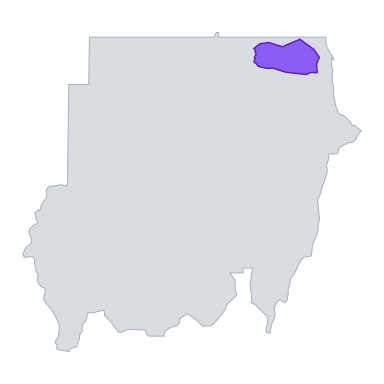 Jubayt Elma'aadin, Red Sea, Sudan (highlighted)
{"feature_id": "16777658B74984958768129", "entity_name": "Jubayt Elma'aadin", "entity_type": "district", "adm_level": 2, "iso_a3": "SDN", "parent_name": "Sudan", "parent_adm1": "Red Sea", "projection": "natural_earth1", "projection_center": [33.973, 21.162], "detail": "fine", "context": "in_parent", "style": "filled", "palette": "violet", "viewbox_px": 384, "rotation_deg": 0, "n_neighbors": 0, "source": "geoboundaries", "source_scale": "gbopen_adm2", "svg_char_len": 4685}
<svg xmlns="http://www.w3.org/2000/svg" viewBox="0 0 384 384"><path d="M270.3,333.0L266.5,332.9L266.1,331.9L266.1,329.1L266.5,326.9L267.9,323.5L267.6,321.7L267.8,319.0L266.8,316.0L257.7,307.3L256.0,304.9L251.1,302.7L251.9,300.3L250.0,282.4L250.9,280.4L251.2,277.3L251.2,274.5L252.4,270.0L252.5,268.0L242.9,267.9L242.7,269.9L243.2,272.1L243.2,272.9L229.7,273.0L235.1,280.0L235.3,283.0L235.0,286.9L235.1,289.3L235.4,290.9L236.8,294.0L236.8,294.6L236.4,295.4L226.9,304.7L225.3,309.0L224.0,311.3L221.2,315.1L212.5,325.0L211.1,325.7L204.5,326.0L203.8,326.3L203.3,326.7L203.0,326.6L197.3,320.8L187.8,313.7L181.5,317.4L179.8,318.7L179.7,322.1L178.8,323.8L177.0,325.7L172.4,326.9L169.9,327.9L167.0,329.8L164.2,333.0L164.0,334.7L164.3,336.1L148.2,336.1L147.1,334.9L144.8,329.7L143.2,330.0L128.5,329.4L126.4,329.9L122.2,332.1L120.0,332.4L117.9,331.4L110.2,321.1L108.6,319.8L106.8,317.4L105.2,316.3L104.6,315.5L104.5,314.4L104.5,312.1L104.0,310.7L102.8,310.4L92.4,312.8L90.9,312.5L88.7,312.9L88.0,313.4L87.1,314.7L86.9,317.6L86.6,319.0L85.8,320.5L82.8,324.1L82.2,325.6L82.3,329.5L82.1,331.4L81.6,332.3L80.3,333.8L79.8,334.7L79.3,339.6L77.7,342.6L77.3,343.7L77.2,345.8L76.9,346.5L72.2,348.2L70.4,349.3L69.3,351.0L69.1,351.7L67.1,351.1L64.5,350.7L59.6,350.1L57.7,349.3L56.7,348.2L57.1,345.2L56.6,344.5L55.8,344.0L55.3,342.7L55.4,341.1L58.0,337.7L58.6,335.8L59.3,327.1L59.1,324.4L57.1,319.6L52.5,311.1L51.4,309.5L45.5,302.6L44.9,301.5L43.5,298.6L45.1,292.2L45.2,290.4L44.8,288.6L43.3,287.2L42.0,287.1L40.3,285.4L39.2,284.6L38.2,283.1L37.5,280.9L38.1,273.4L37.7,272.4L36.2,272.1L35.9,271.6L36.0,270.1L35.2,265.8L34.3,262.3L34.9,260.3L33.6,257.6L31.3,256.4L26.5,257.3L25.1,257.2L24.1,256.7L23.4,255.7L23.0,254.5L23.4,252.8L24.8,249.6L26.5,246.9L29.9,244.5L30.8,243.2L31.3,241.8L31.4,240.2L31.2,238.5L30.9,236.9L29.9,234.8L29.0,232.4L29.0,230.7L29.5,229.6L30.4,228.1L33.8,225.3L37.2,223.0L37.8,222.2L37.6,221.2L36.1,219.3L35.6,215.6L34.8,213.0L36.6,211.1L37.9,210.4L39.9,209.8L40.7,209.0L40.9,207.4L40.9,205.9L41.6,204.8L42.6,202.5L43.4,201.4L46.1,198.6L46.7,196.8L46.9,195.1L46.2,189.9L47.8,187.7L49.7,185.9L52.5,186.0L56.8,185.6L59.8,184.8L61.9,184.9L66.6,185.8L67.1,185.4L67.4,184.0L68.8,84.5L88.5,84.5L88.7,84.3L89.5,37.2L213.2,37.2L214.2,37.0L216.2,32.6L217.0,32.3L218.3,32.6L218.7,33.6L217.7,37.2L325.7,37.2L326.0,42.6L326.9,46.9L330.0,53.0L332.6,56.3L333.5,58.2L333.6,59.0L333.5,59.8L332.7,58.9L331.4,58.3L331.2,61.2L331.9,67.1L333.0,71.2L332.2,75.0L332.4,81.5L333.8,89.3L333.5,94.3L335.8,105.8L338.1,112.3L339.3,113.8L340.6,114.7L343.3,115.2L347.1,118.5L350.2,122.0L351.3,123.8L352.8,125.7L353.8,125.4L354.4,124.9L355.4,126.5L360.2,129.9L361.0,131.5L359.2,133.1L357.2,135.8L356.3,138.3L355.8,139.1L354.2,140.7L353.9,141.4L353.2,141.9L352.5,142.0L350.8,142.8L349.3,142.5L347.8,143.0L347.3,143.6L346.1,144.1L344.5,144.4L342.0,146.5L339.8,147.6L339.0,148.4L337.9,152.7L337.1,153.8L333.8,153.9L332.2,154.3L330.1,153.8L329.0,153.9L328.7,154.8L328.4,158.4L328.4,160.0L326.6,164.1L327.2,171.9L325.4,177.7L325.2,179.0L323.4,183.6L322.5,185.3L320.3,193.9L319.4,196.5L317.5,199.3L319.5,220.0L317.9,226.3L318.0,229.7L316.9,234.8L316.0,237.2L314.5,240.0L313.3,243.2L312.2,247.4L311.5,255.3L311.2,256.0L305.4,257.0L303.6,257.6L302.4,258.5L300.9,260.5L297.9,266.1L296.4,269.5L294.0,274.2L291.1,277.5L290.5,279.1L290.1,282.1L289.0,286.8L288.1,290.2L288.3,292.9L287.4,297.6L287.5,299.9L286.5,301.2L285.2,302.4L284.3,302.7L280.2,299.5L277.4,301.7L275.6,304.8L274.2,307.8L275.0,314.4L275.0,315.8L274.6,317.3L271.9,323.7L271.1,326.6L270.3,331.7L270.3,333.0Z" fill="#d9dde1" stroke="#a8b0b8" stroke-width="1"/><path d="M259.7,66.8L261.7,67.3L266.5,68.2L273.2,68.3L285.8,72.2L292.5,73.0L295.3,73.3L306.1,74.5L310.6,72.5L317.1,72.7L317.2,72.0L316.5,64.1L319.3,57.3L313.8,49.3L313.7,49.3L305.3,43.2L300.0,39.3L299.9,39.3L289.0,43.9L288.1,44.3L282.4,46.7L282.2,46.7L280.3,46.1L279.2,45.7L275.8,44.7L275.5,44.6L273.3,43.9L272.1,43.5L271.2,43.3L269.4,42.7L269.2,42.7L268.8,42.5L268.7,42.5L263.3,43.3L263.2,43.3L259.9,43.7L259.7,43.9L256.1,46.8L254.6,48.0L254.1,48.4L253.9,48.6L254.1,48.9L254.4,49.3L254.9,49.8L255.0,50.0L255.2,50.6L255.3,51.2L255.3,51.9L255.4,52.0L255.4,52.3L255.6,52.8L255.7,53.1L255.8,53.8L255.9,54.3L255.8,54.9L255.7,55.2L255.4,55.6L255.1,56.0L254.7,56.5L254.5,56.9L254.5,57.2L254.5,57.4L254.6,57.9L254.7,58.4L254.7,58.6L254.7,59.1L254.7,59.5L254.4,60.5L254.3,60.9L254.3,61.0L254.2,61.1L254.1,61.4L254.2,62.0L254.5,62.5L254.9,62.9L255.3,63.1L255.7,63.3L256.1,63.6L256.4,63.9L256.8,64.3L257.0,64.7L257.2,65.0L257.3,65.2L257.5,65.6L257.8,66.0L258.0,66.2L258.2,66.3L258.3,66.3L258.5,66.4L258.9,66.5L259.2,66.5L259.4,66.7L259.5,66.7L259.7,66.8Z" fill="#8b5cf6" stroke="#5b21b6" stroke-width="1.5"/></svg>